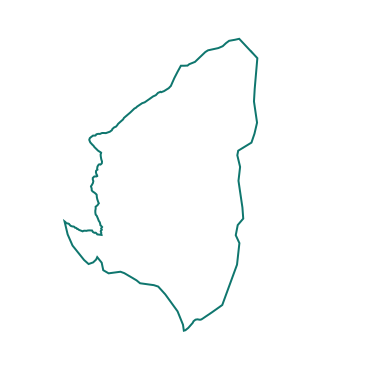 Yelimane, Kayes, Mali, rotated 326°
{"feature_id": "8926073B99329075829336", "entity_name": "Yelimane", "entity_type": "district", "adm_level": 2, "iso_a3": "MLI", "parent_name": "Mali", "parent_adm1": "Kayes", "projection": "mercator", "projection_center": [-10.704, 15.046], "detail": "fine", "context": "isolated", "style": "outline", "palette": "teal", "viewbox_px": 384, "rotation_deg": 326, "n_neighbors": 0, "source": "geoboundaries", "source_scale": "gbopen_adm2", "svg_char_len": 2789}
<svg xmlns="http://www.w3.org/2000/svg" viewBox="0 0 384 384"><g transform="rotate(326 192 192)"><path d="M153.9,302.6L188.7,277.4L202.7,260.9L204.1,252.3L211.4,245.0L219.6,242.7L225.1,233.1L234.4,213.7L236.8,208.7L245.9,198.1L250.1,186.9L253.4,183.6L268.9,184.3L276.4,178.6L284.7,170.9L294.0,151.6L301.7,141.5L321.0,117.6L320.1,111.6L319.8,109.4L319.7,109.5L316.8,91.4L312.7,89.8L307.3,87.4L303.3,87.6L299.0,88.3L294.3,87.4L284.5,83.5L281.3,83.4L267.2,85.8L261.2,84.5L259.0,84.7L256.4,83.1L253.4,81.1L247.2,84.3L241.0,87.7L233.7,92.3L233.0,92.4L230.8,92.9L225.1,92.7L222.2,92.0L221.9,91.3L219.3,90.8L216.1,91.5L213.2,91.0L202.9,91.2L200.3,90.5L194.1,90.5L192.8,90.8L190.9,90.6L185.2,91.6L181.6,92.0L177.1,92.5L175.4,93.3L171.5,93.8L170.8,93.9L168.8,94.2L167.4,94.8L165.5,95.3L163.6,94.9L161.6,95.2L161.4,95.2L160.0,96.0L159.0,96.0L157.7,96.1L153.5,95.0L151.8,93.7L150.4,92.8L149.5,92.6L148.2,92.4L146.7,91.3L145.0,90.7L143.6,91.2L142.9,90.8L141.5,89.9L139.1,90.0L137.4,90.2L136.0,91.3L135.7,92.5L135.5,93.6L135.4,94.0L135.9,97.4L136.2,98.4L136.2,99.7L136.2,100.1L137.2,105.1L137.5,105.9L138.5,108.1L138.6,108.7L138.1,109.1L137.3,109.7L136.4,111.2L135.4,113.4L135.0,114.4L134.7,115.5L134.5,116.3L133.4,117.7L132.6,118.0L132.4,118.0L131.5,118.1L130.9,117.4L130.0,117.1L127.9,118.0L126.4,119.6L126.3,119.8L126.1,120.6L125.2,120.6L124.2,120.9L123.4,121.9L122.7,123.8L122.7,125.1L122.3,125.8L121.3,125.6L120.3,124.8L119.5,124.5L117.6,124.9L116.7,126.2L116.3,127.8L114.8,129.2L112.9,130.2L111.4,130.8L110.8,132.9L109.8,134.6L109.9,135.9L110.8,138.1L110.9,138.4L111.4,140.4L111.4,141.0L110.2,143.1L109.4,145.1L108.6,148.1L108.5,148.6L108.5,149.2L107.5,149.6L106.3,150.1L104.5,150.3L103.9,150.3L102.7,152.1L101.4,153.4L100.3,155.1L99.5,156.9L99.7,158.5L99.1,161.7L98.6,163.7L98.6,165.6L97.9,167.5L97.5,168.3L97.7,169.2L97.9,170.8L97.7,170.9L96.8,171.2L96.3,171.4L96.1,172.2L96.1,172.5L96.1,172.9L95.9,173.0L94.9,173.1L94.3,173.6L94.1,174.8L93.7,175.4L93.2,175.8L93.2,176.6L93.0,177.0L91.2,175.4L89.8,174.2L89.6,172.6L89.4,171.9L88.5,171.4L88.3,171.3L88.2,171.2L87.9,170.5L87.5,169.8L87.6,168.0L85.4,166.4L84.0,165.6L82.8,165.2L81.3,164.0L81.1,163.9L80.2,163.5L79.4,163.5L77.1,160.2L76.8,159.1L76.1,158.4L76.1,157.5L75.6,156.7L75.1,156.3L74.9,155.0L74.5,154.4L73.5,153.6L72.5,152.2L72.3,151.2L72.2,150.4L72.2,149.7L71.6,148.8L70.8,148.0L70.3,147.5L70.3,147.1L70.2,146.0L69.9,145.1L69.6,145.9L65.2,157.6L63.0,169.6L64.5,188.0L66.0,193.9L70.7,195.1L74.7,194.4L77.0,193.0L77.6,200.1L74.7,207.2L77.4,212.8L88.1,218.1L90.5,221.4L96.6,234.2L97.9,238.6L108.3,247.9L111.1,251.5L112.6,261.9L113.3,282.9L110.3,297.0L107.7,302.4L109.2,302.9L112.9,302.6L119.4,300.9L121.0,300.0L123.5,299.8L125.3,300.6L127.2,302.4L128.6,302.9L141.6,302.9L153.9,302.6Z" fill="none" stroke="#0f766e" stroke-width="2"/></g></svg>